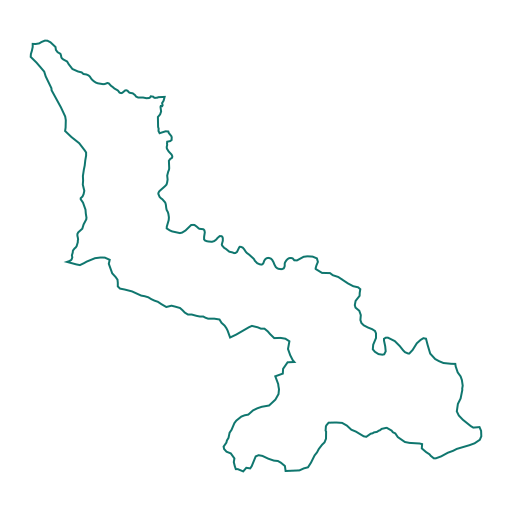 outline of Dala, Chhukha, Bhutan
{"feature_id": "84629894B52773490471005", "entity_name": "Dala", "entity_type": "district", "adm_level": 2, "iso_a3": "BTN", "parent_name": "Bhutan", "parent_adm1": "Chhukha", "projection": "orthographic", "projection_center": [89.612, 26.815], "detail": "fine", "context": "isolated", "style": "outline", "palette": "teal", "viewbox_px": 512, "rotation_deg": 0, "n_neighbors": 0, "source": "geoboundaries", "source_scale": "gbopen_adm2", "svg_char_len": 5961}
<svg xmlns="http://www.w3.org/2000/svg" viewBox="0 0 512 512"><path d="M32.7,43.9L32.7,47.0L31.9,50.7L30.9,54.0L30.7,56.9L36.5,62.6L44.2,71.6L45.7,76.4L51.4,88.2L51.6,90.3L60.9,107.3L65.2,116.5L65.8,120.2L65.6,127.6L65.1,131.0L71.5,137.1L79.2,143.2L84.8,150.5L86.1,152.5L86.1,155.6L85.3,160.2L84.7,165.6L83.9,169.4L82.9,176.0L83.1,180.6L82.8,184.6L84.3,190.8L83.6,194.1L82.5,196.5L80.7,198.2L80.7,199.3L83.0,202.6L85.5,209.7L85.8,213.5L86.5,217.9L86.3,218.6L86.3,219.3L83.6,224.4L82.3,228.7L78.2,232.4L77.4,234.0L77.4,235.8L77.8,237.5L78.1,239.4L77.8,240.8L77.8,242.2L76.6,246.2L75.7,247.5L74.7,248.3L73.2,250.2L72.9,250.8L72.7,252.7L71.9,255.3L72.3,257.4L71.6,259.4L71.2,260.0L69.3,261.1L67.0,261.9L76.3,264.4L79.9,265.1L83.9,263.2L86.7,261.6L95.0,258.2L100.5,257.5L104.8,257.6L109.7,259.8L108.8,263.8L110.3,268.0L112.2,273.3L115.6,277.0L117.5,279.7L117.8,282.8L117.8,286.4L120.0,288.6L124.6,289.5L132.0,291.4L141.2,295.6L144.6,296.2L148.3,297.3L151.2,299.1L154.4,300.6L157.9,301.8L161.3,304.1L166.3,307.0L171.5,305.7L175.1,306.6L180.0,308.0L182.4,310.1L184.8,312.6L187.9,314.5L191.6,314.5L196.7,315.9L199.7,316.5L203.2,316.5L205.4,317.7L208.2,318.7L214.5,318.7L219.5,319.5L221.5,322.8L224.6,325.6L226.4,328.2L227.6,330.6L230.1,337.5L236.2,334.6L249.0,327.2L251.9,325.9L257.7,327.3L261.0,328.7L264.5,328.7L267.8,331.4L270.0,334.0L274.2,338.1L280.5,337.9L285.4,338.7L289.4,341.3L288.0,349.0L290.2,355.2L292.7,360.1L294.3,362.0L287.6,362.3L283.1,368.8L282.8,373.6L275.3,376.3L278.2,384.1L278.4,386.0L279.0,389.3L278.5,394.1L275.4,399.6L269.1,405.5L261.7,406.8L257.3,408.3L253.0,410.4L248.3,414.6L244.6,415.3L241.3,416.6L236.3,420.6L234.4,423.1L231.5,429.9L229.6,432.7L228.5,437.9L226.9,440.5L226.4,442.6L223.6,446.6L224.1,449.0L226.5,451.7L230.8,453.4L234.4,458.4L233.8,462.1L234.8,466.2L235.8,469.1L237.7,469.1L243.2,471.4L246.3,467.8L250.2,468.4L251.7,466.2L255.7,456.4L258.6,455.2L262.4,455.9L268.3,458.7L273.9,460.6L277.9,461.0L280.9,462.7L284.9,466.0L285.6,471.0L299.4,470.4L303.8,468.4L308.0,467.3L311.0,462.6L314.6,455.4L317.0,452.4L318.8,449.0L320.1,447.3L322.1,444.7L324.5,442.4L326.0,438.7L326.1,431.6L325.6,430.6L325.9,426.4L326.4,425.3L328.6,422.7L336.1,422.5L342.1,422.9L346.9,425.6L351.3,429.7L355.9,431.6L363.7,436.3L366.3,436.8L370.7,433.7L372.6,433.3L374.0,432.4L376.9,431.9L378.7,430.7L380.1,430.2L381.6,428.9L386.0,427.9L386.9,427.9L391.6,430.6L392.8,432.2L395.3,433.4L397.8,437.1L404.9,442.0L409.5,442.9L419.6,443.5L422.1,444.1L421.8,448.4L426.1,452.1L429.5,454.3L430.7,455.8L433.8,458.3L435.9,458.3L441.1,456.4L447.9,452.7L453.1,450.8L456.8,448.9L469.4,445.2L474.6,443.3L479.8,439.8L481.3,436.3L481.1,430.9L479.5,427.1L473.3,427.6L470.9,426.2L462.8,419.7L460.6,417.4L458.8,415.5L456.8,411.4L457.9,403.9L460.6,398.5L462.3,390.0L462.2,388.6L462.7,385.7L461.9,380.1L460.6,376.4L457.7,372.4L455.7,366.5L455.3,363.9L451.2,363.8L443.4,363.0L438.9,361.1L435.1,359.0L430.2,353.6L427.6,344.9L426.0,338.7L423.4,338.2L420.6,339.9L416.8,343.3L412.6,350.0L409.3,353.5L408.1,353.5L405.0,352.2L403.2,350.4L399.7,346.0L394.8,341.1L388.0,337.7L385.8,337.7L384.0,338.8L384.0,340.6L385.2,346.3L385.7,351.3L384.2,354.3L382.4,354.7L378.5,354.1L374.9,351.8L372.8,349.3L373.2,344.7L376.0,338.0L376.0,333.4L375.0,331.0L372.2,329.2L367.9,327.5L363.7,325.3L361.4,323.0L360.4,320.0L360.8,315.1L359.3,310.8L355.5,307.6L354.8,305.1L355.6,300.9L359.6,295.8L359.7,292.9L360.3,289.2L358.1,287.3L353.2,286.2L347.9,283.4L338.3,277.0L332.8,275.2L330.0,273.1L322.0,272.9L315.7,269.0L315.6,268.3L316.4,265.5L317.9,261.9L316.9,258.4L312.6,256.6L307.4,256.3L303.6,256.8L297.0,260.4L294.3,260.3L292.8,258.5L291.8,258.1L290.0,258.0L288.8,258.3L287.7,259.0L286.4,260.3L285.0,262.5L284.7,263.7L284.7,266.0L284.2,267.5L283.7,268.4L282.0,269.1L280.7,269.1L278.5,268.8L277.3,268.3L275.8,267.1L274.4,264.5L273.5,262.2L272.2,259.9L271.0,258.7L269.5,258.1L268.5,257.9L267.5,258.0L266.5,258.3L265.3,259.2L264.3,260.6L263.3,263.3L262.4,264.3L261.4,264.6L259.7,264.3L257.2,263.2L254.7,260.6L254.2,259.4L253.3,258.4L249.1,254.6L246.9,253.0L245.8,251.8L244.1,249.2L242.7,247.6L241.0,246.9L239.7,246.8L239.2,247.4L237.0,251.9L235.4,253.0L234.1,253.1L232.4,252.4L229.3,251.7L225.9,248.9L224.2,247.9L222.1,245.5L221.8,244.5L222.8,240.8L222.8,238.1L222.3,236.8L221.6,236.2L219.7,236.1L217.4,238.1L216.3,239.5L214.2,241.1L211.9,241.8L208.5,241.5L206.8,241.2L205.0,240.5L204.1,239.4L204.1,236.9L204.8,232.3L204.4,230.4L203.8,229.6L203.1,229.2L199.4,228.8L198.7,228.4L196.7,226.6L194.5,225.0L193.4,224.9L191.2,225.0L185.5,230.5L182.1,232.6L179.9,233.1L172.1,231.4L169.8,230.4L166.7,228.4L166.8,226.6L168.7,220.1L168.8,218.9L168.9,217.3L168.4,214.0L167.9,212.2L166.6,209.8L166.2,207.7L165.9,205.0L165.5,203.3L165.1,202.4L162.3,199.2L161.1,198.4L159.6,196.9L158.3,193.8L158.5,192.7L159.2,191.4L160.0,190.6L165.0,186.2L166.5,184.6L167.1,182.6L167.6,179.6L167.2,175.6L168.2,171.7L169.0,169.7L169.2,168.2L168.9,160.8L170.1,159.1L172.1,157.7L172.3,156.3L171.6,154.6L168.6,151.4L166.9,148.6L166.7,147.1L167.2,144.8L167.0,143.6L167.2,141.7L170.2,141.1L171.6,140.0L171.7,137.2L171.3,136.1L168.8,133.0L168.3,131.5L165.6,131.3L159.6,133.2L158.5,131.0L158.6,128.6L158.1,127.0L157.9,117.0L160.1,114.4L161.1,111.5L160.5,106.9L160.8,106.0L162.1,106.2L162.6,105.3L162.1,103.1L163.6,100.7L164.6,96.9L158.2,97.2L157.6,97.6L155.0,97.9L154.2,97.7L153.2,96.7L150.8,96.3L150.0,97.5L149.4,97.9L148.3,98.1L146.4,98.2L142.9,97.5L138.1,97.5L136.1,96.6L135.0,95.1L132.7,93.3L129.8,92.8L128.9,92.3L127.6,90.8L126.5,90.3L125.2,90.4L122.3,92.8L121.4,93.1L120.2,92.9L119.4,92.5L118.1,90.7L117.4,90.2L114.4,88.5L112.7,87.0L111.0,85.8L108.8,83.4L107.4,83.0L105.4,83.8L104.2,84.1L102.7,84.1L97.8,83.3L95.9,82.6L94.2,81.5L92.6,80.2L91.3,78.8L89.8,76.5L88.5,75.4L86.5,74.5L83.4,74.0L81.7,72.4L78.0,71.5L72.4,69.0L68.7,64.2L67.1,61.5L63.2,59.4L61.8,58.2L61.3,57.2L61.0,55.4L60.4,53.8L57.6,52.2L55.9,49.9L55.5,47.0L50.5,42.3L47.4,40.7L44.9,40.6L41.5,42.0L39.2,43.4L35.6,44.0L32.7,43.9Z" fill="none" stroke="#0f766e" stroke-width="2"/></svg>